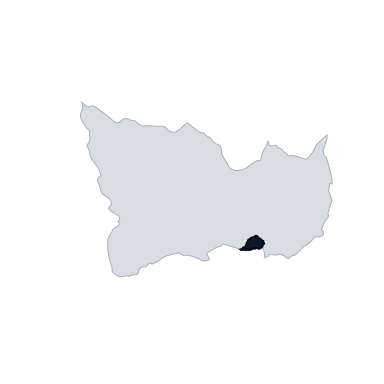 location of Markounda, Ouham, Central African Republic, rotated 204°
{"feature_id": "33826404B52601033142025", "entity_name": "Markounda", "entity_type": "district", "adm_level": 2, "iso_a3": "CAF", "parent_name": "Central African Republic", "parent_adm1": "Ouham", "projection": "natural_earth1", "projection_center": [17.237, 7.587], "detail": "fine", "context": "in_parent", "style": "filled", "palette": "ink", "viewbox_px": 384, "rotation_deg": 204, "n_neighbors": 0, "source": "geoboundaries", "source_scale": "gbopen_adm2", "svg_char_len": 6990}
<svg xmlns="http://www.w3.org/2000/svg" viewBox="0 0 384 384"><g transform="rotate(204 192 192)"><path d="M257.9,141.5L261.0,142.5L261.6,143.6L260.7,147.2L261.4,149.4L263.1,151.4L264.9,152.2L266.6,152.6L272.5,153.8L275.0,155.1L278.3,159.4L282.4,163.2L283.4,165.3L283.2,167.1L282.0,169.4L282.2,170.3L284.1,172.6L286.3,174.9L290.2,177.4L297.0,181.4L300.2,184.1L301.2,186.2L303.0,188.4L305.4,190.4L307.1,192.0L306.0,196.4L306.3,197.9L306.9,199.1L308.4,200.8L308.9,203.1L310.4,205.9L312.1,207.1L314.9,207.6L316.4,208.9L319.5,211.1L322.4,213.0L323.7,214.4L324.5,215.5L325.2,216.9L325.6,218.3L325.6,221.3L326.2,225.0L327.8,227.5L329.3,229.4L323.2,227.2L322.3,227.2L321.2,227.6L318.0,230.2L317.0,230.6L313.0,230.0L303.3,227.9L295.8,225.9L293.5,225.1L289.5,224.4L286.9,225.8L284.4,230.6L283.7,231.5L279.8,232.9L278.0,232.5L273.5,233.8L266.5,231.9L264.0,232.2L262.1,233.2L257.1,235.4L254.1,236.6L250.5,237.7L247.2,239.4L244.9,240.4L242.7,240.4L240.7,239.4L238.6,238.6L235.9,238.4L233.2,238.9L230.9,240.8L230.0,242.1L228.0,245.7L225.7,251.5L224.7,252.7L223.9,253.3L213.0,250.4L208.3,249.7L205.2,250.6L201.2,249.0L199.4,248.7L198.6,249.2L196.4,248.5L192.8,246.5L189.4,245.7L186.3,245.9L184.4,245.3L182.9,243.3L180.9,239.8L177.4,236.3L172.6,233.5L169.7,231.3L168.5,229.9L165.9,229.1L162.0,229.0L158.2,230.4L152.9,234.8L147.8,243.8L145.1,247.2L142.8,248.1L142.3,250.3L143.4,253.8L143.7,257.7L142.9,264.5L143.2,269.4L142.0,268.6L140.8,266.3L140.3,265.9L137.0,266.9L135.3,267.8L134.3,268.8L133.7,268.9L132.6,267.6L131.8,267.4L130.5,267.6L129.1,267.6L128.3,267.5L127.7,267.6L126.1,266.8L120.4,264.9L119.5,264.3L118.3,264.4L115.4,266.0L113.8,266.5L109.1,267.5L104.1,268.0L102.1,268.0L100.8,268.8L100.0,269.8L98.4,276.0L98.0,277.1L98.0,278.7L97.6,283.7L97.8,285.3L91.8,299.0L90.8,296.7L90.1,294.1L89.9,291.0L90.0,290.2L89.6,289.2L89.1,286.7L89.6,285.1L89.2,283.4L88.0,281.7L87.0,280.4L86.4,279.3L85.9,278.8L84.7,278.6L83.1,278.0L76.4,269.9L69.4,260.9L68.0,257.9L67.4,256.2L69.1,256.0L69.6,255.7L69.6,254.9L68.6,252.6L68.1,249.6L67.2,247.8L64.5,245.1L61.9,242.9L61.0,241.9L60.6,240.3L59.6,230.5L59.1,227.7L58.3,226.5L57.7,225.9L57.5,225.2L57.6,223.5L57.9,221.9L57.9,221.3L58.6,219.9L58.6,210.9L57.8,209.6L56.2,209.6L55.4,208.3L54.7,206.6L54.9,205.4L56.4,203.6L57.4,202.9L60.4,201.4L61.2,200.7L61.8,199.8L62.1,198.6L63.8,193.9L66.4,189.3L67.5,188.3L70.1,181.5L70.7,179.7L71.2,178.0L72.0,176.6L74.8,174.3L76.9,170.2L79.2,170.4L81.6,171.1L84.7,171.4L87.0,170.6L88.6,169.0L95.9,166.3L96.5,164.1L97.6,162.9L99.0,161.9L99.5,161.8L99.6,162.5L100.4,164.8L102.1,167.1L104.5,169.5L105.2,169.4L106.8,167.5L110.6,166.3L111.6,165.8L114.3,163.1L117.6,161.3L119.5,160.7L122.8,158.9L125.1,159.1L128.9,158.9L135.2,158.0L139.8,157.7L142.1,157.4L142.7,157.0L143.6,154.4L144.3,153.7L146.0,152.5L149.3,148.6L151.5,145.2L152.2,144.0L152.7,143.8L153.6,142.4L152.7,140.9L148.9,138.0L149.0,137.6L148.7,137.1L148.9,136.7L150.4,135.5L152.3,134.1L154.4,133.6L159.8,133.7L164.3,133.4L165.4,133.5L169.0,132.8L171.4,132.1L173.9,130.7L179.6,130.8L184.4,127.2L185.7,126.6L186.3,126.0L186.5,125.4L188.7,124.0L191.2,121.0L193.2,118.3L193.7,116.5L199.0,110.0L200.9,110.2L201.8,109.4L203.9,105.1L204.6,104.3L206.8,103.6L207.8,102.3L208.7,100.4L208.7,98.1L208.3,96.2L208.3,95.3L208.8,94.5L209.7,93.6L213.7,91.3L214.8,90.2L215.4,89.2L216.5,89.0L217.8,89.1L218.6,88.5L219.4,87.5L222.3,86.1L224.9,85.0L227.6,85.4L232.6,86.8L234.1,89.9L234.8,91.0L241.0,98.2L242.2,99.9L245.3,105.1L247.2,108.7L249.3,113.8L249.5,116.5L249.3,118.9L248.9,125.6L248.3,127.5L245.6,131.1L245.5,132.8L246.1,134.1L246.9,134.7L247.4,135.4L247.1,138.5L248.1,139.7L250.1,140.5L255.3,141.1L257.9,141.5Z" fill="#d9dde1" stroke="#a8b0b8" stroke-width="1"/><path d="M105.2,171.5L105.3,171.5L105.5,171.6L105.6,171.8L105.8,172.0L105.9,172.4L106.1,172.4L106.1,172.5L105.8,173.0L105.5,173.3L105.4,173.4L105.2,173.4L105.1,173.5L105.0,173.9L105.1,174.1L105.1,174.3L105.0,174.5L105.4,174.8L105.5,174.8L105.8,174.9L106.0,174.8L106.3,174.9L106.3,175.0L106.3,175.3L106.3,175.5L106.4,175.9L106.7,176.1L106.9,176.5L107.2,176.5L108.6,176.4L109.6,177.0L110.8,177.2L111.1,177.2L111.3,177.2L111.5,177.2L111.8,177.2L112.0,177.4L112.3,177.4L112.7,177.6L112.8,177.8L113.0,177.9L113.6,177.7L113.8,177.7L114.0,177.6L114.3,177.6L114.5,178.1L114.5,178.4L115.1,178.4L115.7,178.2L116.0,178.2L116.6,177.6L116.6,177.4L116.7,177.1L116.9,176.7L117.0,176.6L117.1,176.4L117.3,176.2L117.6,175.8L118.0,175.5L118.4,175.4L118.5,175.3L118.7,175.0L118.8,174.9L119.3,174.6L119.4,174.3L119.6,174.0L119.9,173.8L119.9,173.4L119.7,173.1L119.8,172.9L120.1,172.9L120.4,172.8L120.4,172.6L120.4,172.1L120.6,172.0L120.7,171.8L121.1,171.6L121.3,171.5L121.3,171.1L121.3,170.9L121.4,170.6L121.3,170.2L121.4,163.8L121.8,163.1L121.9,162.9L122.0,162.8L122.3,162.6L122.5,162.6L122.8,162.5L122.9,162.3L123.0,162.1L123.0,161.9L123.1,161.7L123.2,161.1L123.3,160.6L123.3,160.3L123.5,160.1L124.2,159.8L124.4,159.6L124.6,159.4L124.9,159.1L124.4,159.0L124.2,158.9L124.0,159.0L123.9,159.2L123.7,159.1L123.5,158.9L123.4,158.9L123.2,158.9L122.9,159.0L122.9,159.4L122.9,159.5L122.7,159.9L122.3,159.8L122.2,160.0L121.9,160.2L121.7,160.1L121.3,160.2L121.1,160.5L120.9,160.6L121.0,160.5L121.0,160.4L120.7,160.2L120.6,160.3L120.3,160.4L120.4,160.5L120.3,160.9L120.4,161.0L120.2,161.1L120.0,161.3L120.0,161.5L119.9,161.5L119.7,161.6L119.5,161.4L119.4,161.3L119.4,161.2L119.2,161.1L118.8,160.9L118.8,161.0L118.7,161.1L118.4,161.2L118.4,161.3L118.5,161.4L118.5,161.5L118.4,161.7L118.2,161.7L118.2,161.4L117.9,161.4L117.8,161.5L118.0,161.7L117.9,161.8L117.7,161.7L117.5,161.8L117.5,162.2L117.5,162.3L117.4,162.2L117.2,162.0L117.2,161.9L117.2,162.0L116.9,162.2L116.7,162.0L116.5,162.3L116.4,162.4L116.2,162.3L116.1,162.7L116.0,162.8L115.9,162.8L115.7,162.7L115.4,162.6L115.3,162.8L115.3,163.0L115.2,163.2L114.9,163.2L114.9,163.3L114.9,163.5L114.7,163.5L114.5,163.8L114.6,164.0L114.6,164.3L114.6,164.5L114.3,164.7L114.1,164.6L114.1,164.4L114.0,164.2L113.9,164.1L113.8,164.3L113.7,164.4L113.7,164.5L113.4,164.7L113.5,164.7L113.5,164.8L113.6,165.0L113.4,165.1L113.4,165.3L113.2,165.3L112.9,165.3L112.8,165.5L112.7,165.5L112.6,165.4L112.5,165.5L112.4,165.8L112.5,166.0L112.4,166.2L112.3,166.3L112.4,166.5L112.2,166.6L111.9,166.7L111.7,166.7L111.5,166.4L111.4,166.2L111.2,166.0L111.1,165.9L110.8,165.9L110.8,166.0L110.7,166.1L110.8,166.3L110.8,166.5L110.8,166.8L110.7,166.7L110.5,166.8L110.4,166.9L110.3,167.0L110.1,166.9L109.9,166.9L109.8,167.0L109.9,167.3L109.7,167.3L109.4,167.3L109.1,167.4L108.9,167.3L108.7,167.4L108.5,167.5L108.4,167.5L108.2,167.3L108.0,167.2L108.0,167.3L107.9,167.3L107.8,167.5L107.7,167.6L107.4,167.8L107.5,167.9L107.5,168.0L107.4,168.1L107.2,168.0L107.1,167.9L106.8,167.8L106.8,168.1L107.0,168.2L107.0,168.4L106.9,168.5L106.7,168.8L106.8,168.9L107.0,168.9L107.0,169.0L107.0,169.3L106.9,169.4L106.8,169.5L106.6,169.4L106.6,169.2L106.4,169.2L106.2,169.2L106.2,169.3L106.1,169.5L105.9,169.8L105.8,169.7L105.7,169.7L105.7,169.8L105.6,170.0L105.6,169.9L105.2,171.1L105.2,171.5Z" fill="#0f172a" stroke="#020617" stroke-width="1.5"/></g></svg>